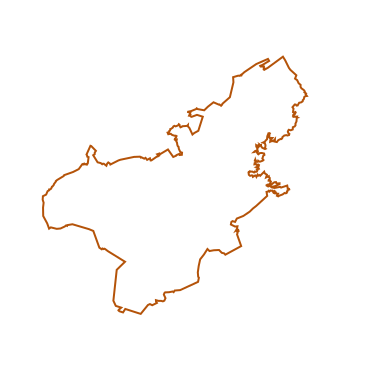 outline of Jerécuaro, Guanajuato, Mexico, rotated 245°
{"feature_id": "50627088B81849957139001", "entity_name": "Jerécuaro", "entity_type": "district", "adm_level": 2, "iso_a3": "MEX", "parent_name": "Mexico", "parent_adm1": "Guanajuato", "projection": "equal_earth", "projection_center": [-100.511, 20.185], "detail": "fine", "context": "isolated", "style": "outline", "palette": "amber", "viewbox_px": 384, "rotation_deg": 245, "n_neighbors": 0, "source": "geoboundaries", "source_scale": "gbopen_adm2", "svg_char_len": 6114}
<svg xmlns="http://www.w3.org/2000/svg" viewBox="0 0 384 384"><g transform="rotate(245 192 192)"><path d="M121.0,74.8L117.1,79.0L116.2,75.8L115.8,75.3L114.6,75.8L112.0,78.6L114.2,82.1L103.2,94.0L108.2,104.3L108.2,106.5L106.2,108.1L106.3,113.3L107.9,113.1L109.2,113.6L107.5,115.6L106.4,118.0L105.2,119.4L105.2,121.0L107.0,123.1L110.9,123.1L112.0,124.2L112.4,125.2L110.9,128.8L110.0,132.4L109.0,133.0L110.0,134.7L108.1,139.8L108.0,159.5L111.4,162.0L112.6,161.8L116.7,163.3L122.1,166.8L127.5,170.9L130.3,176.4L133.8,181.9L131.1,182.9L130.0,187.1L128.0,192.0L124.3,193.3L122.8,195.2L121.1,195.7L122.2,213.7L134.5,214.9L135.8,216.1L136.7,216.1L136.9,217.7L138.3,217.9L138.7,217.5L138.5,215.5L139.7,217.2L141.7,218.7L142.5,216.4L146.1,213.5L148.2,215.0L148.5,216.4L146.7,218.4L149.0,221.4L148.6,228.3L149.8,236.0L151.3,240.3L152.2,244.2L156.7,258.5L160.6,259.6L160.3,260.8L160.7,262.0L159.7,262.3L160.2,263.7L159.8,264.0L159.4,265.3L157.7,265.5L158.3,267.0L157.8,267.3L156.3,266.1L156.1,266.4L156.2,267.3L155.6,267.0L155.4,267.8L154.9,267.8L154.1,269.2L152.7,267.4L151.6,268.3L151.8,269.4L151.5,273.1L152.0,275.5L151.3,276.2L151.1,277.1L151.3,277.7L152.2,278.1L152.2,278.7L153.2,279.2L153.2,281.2L153.8,281.3L155.0,280.3L157.6,281.0L158.4,274.6L159.4,274.1L160.8,268.5L162.6,266.1L163.1,265.9L163.1,266.4L162.3,269.1L162.1,274.6L162.9,275.0L163.6,273.0L164.4,272.2L165.5,272.3L166.0,270.8L165.9,269.8L165.1,266.7L164.7,263.7L165.0,263.2L166.1,262.9L166.5,261.6L166.8,263.5L166.1,264.5L167.2,267.0L168.0,267.9L168.9,267.7L169.9,266.2L170.5,266.6L170.7,267.9L172.0,268.4L172.8,268.0L173.9,268.3L173.9,265.3L176.0,267.2L178.2,265.8L179.9,266.0L177.9,260.7L178.8,260.4L178.8,259.0L180.0,258.8L178.5,256.8L179.8,256.8L180.3,256.3L180.0,253.6L181.4,253.8L181.9,253.0L182.1,251.5L182.8,251.1L182.6,250.5L182.9,251.0L183.5,250.8L185.9,251.5L186.2,251.9L185.8,252.5L186.3,253.3L185.7,253.7L185.0,255.3L183.6,256.4L183.4,256.9L184.0,257.7L183.3,258.5L183.1,259.3L183.9,260.4L185.1,260.3L184.8,262.4L186.0,262.4L187.3,260.9L187.3,263.4L188.1,264.1L189.0,263.5L188.7,262.3L190.3,261.6L190.7,260.3L191.7,261.0L191.5,262.0L192.6,262.5L193.7,262.3L194.5,261.7L194.0,262.7L194.5,263.1L193.4,263.0L191.7,264.1L191.7,264.7L192.3,265.2L191.1,265.8L190.7,266.7L190.5,269.4L190.8,270.3L192.6,269.9L194.8,272.0L195.0,273.3L196.4,273.6L197.9,271.7L198.6,269.9L197.9,267.3L198.6,268.2L200.0,267.6L200.7,268.8L201.3,268.9L201.2,267.9L202.0,266.3L201.9,265.3L202.0,265.0L202.5,266.6L202.1,268.0L202.8,269.2L205.1,269.8L205.9,269.4L207.3,270.0L206.4,270.5L206.5,272.3L205.8,271.8L205.9,271.0L205.4,271.2L205.6,272.3L205.0,272.0L205.7,273.5L206.1,273.5L205.4,273.9L205.4,274.4L204.3,273.9L202.3,274.4L200.1,276.3L200.1,277.0L201.1,276.5L201.6,277.3L203.4,278.4L205.4,278.6L206.8,277.2L206.8,279.4L207.5,280.4L208.1,282.3L210.7,283.8L212.8,286.0L212.5,286.3L212.7,286.9L212.2,287.3L211.8,286.7L208.8,285.0L207.7,285.4L208.0,285.7L207.0,287.6L206.0,285.0L204.5,284.1L204.4,286.9L203.7,287.0L203.6,287.3L204.7,289.4L202.7,288.3L201.4,290.0L202.5,292.1L202.6,294.9L202.2,295.4L202.5,296.4L203.5,297.1L204.2,299.5L203.7,301.5L202.9,302.3L202.6,304.0L203.5,304.8L204.8,304.2L206.1,304.3L207.1,305.3L207.5,306.0L206.2,307.6L206.1,309.7L208.1,310.8L208.0,312.7L208.7,314.0L210.2,314.6L211.8,316.5L215.1,318.4L215.0,318.9L215.5,318.5L216.0,319.0L217.1,316.1L217.5,316.5L218.2,315.7L219.2,316.5L219.1,318.0L220.3,319.6L220.8,319.5L220.9,317.9L221.7,317.3L224.6,319.2L226.4,318.9L227.9,322.1L227.4,323.0L226.1,323.3L225.8,324.3L227.6,326.8L227.1,328.9L227.4,330.6L228.4,331.2L228.8,332.4L230.8,334.1L230.9,335.4L230.5,336.7L232.7,336.3L233.1,337.0L234.8,336.1L235.0,336.6L235.9,336.7L237.2,336.4L239.7,335.0L241.5,334.8L243.2,335.7L245.5,334.6L248.9,334.6L251.2,333.3L253.7,335.9L261.1,332.8L263.5,332.3L272.1,332.1L276.2,331.6L272.5,313.1L272.2,309.1L272.7,308.8L273.5,309.6L273.7,309.3L275.3,310.2L276.7,307.2L277.5,307.1L277.4,309.7L278.2,317.3L280.5,317.1L280.8,304.4L278.5,290.1L277.5,286.9L276.7,286.0L277.0,285.2L277.4,285.4L277.2,284.2L277.9,283.1L278.7,277.8L273.9,275.9L261.9,266.4L259.1,256.8L258.5,256.3L257.9,254.8L259.7,253.9L259.7,253.4L264.2,249.4L262.6,242.5L260.9,237.6L265.1,231.7L265.7,231.7L266.6,231.1L265.4,231.6L265.7,225.5L266.4,222.4L266.1,222.2L264.7,223.8L264.5,223.4L263.2,223.4L263.3,222.7L262.4,221.6L261.6,222.8L260.6,223.0L260.3,223.4L259.8,229.1L255.7,233.6L244.8,223.6L244.5,219.0L243.9,216.7L251.1,216.7L253.3,216.0L254.4,216.6L254.1,215.9L254.2,214.9L255.7,211.0L255.4,210.3L255.5,208.9L257.6,208.8L258.2,209.1L259.0,208.7L258.4,207.9L258.3,206.8L258.4,204.9L259.4,204.0L259.3,202.8L258.5,201.8L258.1,199.8L258.2,198.9L257.7,198.7L256.9,197.8L257.0,197.3L256.0,196.4L256.1,195.5L255.6,195.8L255.2,194.9L254.4,194.9L253.8,197.3L252.1,198.1L250.2,200.2L249.9,201.1L249.2,201.6L247.8,200.1L247.6,199.1L246.8,198.5L246.2,198.8L245.9,200.3L244.4,199.1L243.3,199.3L240.9,198.6L239.5,198.5L238.7,198.9L236.6,198.3L233.2,198.3L231.9,199.6L230.0,198.5L230.7,196.6L231.7,197.0L231.9,196.3L232.0,193.4L231.6,192.9L231.7,189.8L240.7,188.2L239.7,178.4L240.7,178.6L240.9,176.5L238.9,177.4L238.7,175.9L239.0,175.5L237.8,168.5L238.1,167.8L240.3,168.1L240.1,164.9L242.6,164.3L242.4,162.8L244.9,160.8L244.8,160.2L246.0,159.8L248.3,154.3L251.5,140.7L251.7,138.6L251.4,129.6L252.5,129.6L254.2,128.6L253.5,127.0L252.0,125.5L254.9,124.0L255.4,122.8L255.2,122.3L256.8,121.5L258.8,119.0L267.1,118.0L267.4,119.8L268.8,120.5L269.9,122.3L276.2,120.1L276.8,119.5L270.5,112.2L269.5,112.4L268.3,112.0L267.3,113.0L262.1,109.7L261.2,108.3L261.9,107.4L262.2,107.6L262.7,105.7L263.3,106.0L263.6,104.4L260.6,99.0L260.4,92.7L261.3,83.2L260.7,82.5L259.9,75.0L259.5,73.3L259.1,73.2L257.5,70.2L256.9,69.8L255.9,67.8L256.0,67.3L254.6,65.8L254.3,64.6L254.7,63.6L253.9,63.1L253.8,61.5L251.3,58.7L251.2,55.1L248.1,53.4L245.0,53.0L240.8,50.4L233.1,47.0L224.8,47.5L219.2,47.0L219.6,49.1L215.8,53.8L214.5,57.4L214.5,62.1L214.9,63.6L214.1,64.4L214.7,64.9L213.3,70.0L201.8,83.0L198.4,86.1L180.7,84.5L178.2,86.0L178.6,87.0L177.6,87.8L177.6,88.7L177.1,89.1L173.9,90.8L157.1,101.8L153.3,90.9L126.7,74.8L121.0,74.8Z" fill="none" stroke="#b45309" stroke-width="2"/></g></svg>